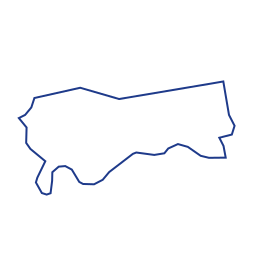 Decatur, Tennessee, United States of America (Mercator projection), rotated 78°
{"feature_id": "52423323B19085633928803", "entity_name": "Decatur", "entity_type": "district", "adm_level": 2, "iso_a3": "USA", "parent_name": "United States of America", "parent_adm1": "Tennessee", "projection": "mercator", "projection_center": [-88.063, 35.615], "detail": "fine", "context": "isolated", "style": "outline", "palette": "blue", "viewbox_px": 256, "rotation_deg": 78, "n_neighbors": 0, "source": "geoboundaries", "source_scale": "gbopen_adm2", "svg_char_len": 660}
<svg xmlns="http://www.w3.org/2000/svg" viewBox="0 0 256 256"><g transform="rotate(78 128 128)"><path d="M79.2,213.3L87.8,218.3L93.8,225.9L95.6,232.7L106.4,227.1L121.4,230.7L128.2,227.8L143.3,215.8L157.7,227.0L162.1,229.4L173.7,225.8L176.2,221.4L175.7,217.3L163.9,213.2L155.5,211.2L151.4,203.8L152.2,197.3L157.0,191.6L170.6,186.9L173.4,183.6L176.0,172.9L173.4,163.5L167.2,155.6L154.3,128.6L153.7,125.0L159.8,107.9L160.3,97.7L156.4,92.9L154.1,82.5L158.9,73.4L170.3,62.7L174.0,55.0L177.3,38.6L165.4,38.3L156.5,40.7L156.0,27.8L148.0,23.3L136.2,26.5L102.3,25.1L101.8,38.1L97.8,130.7L78.7,166.4L79.2,213.3Z" fill="none" stroke="#1e3a8a" stroke-width="2"/></g></svg>